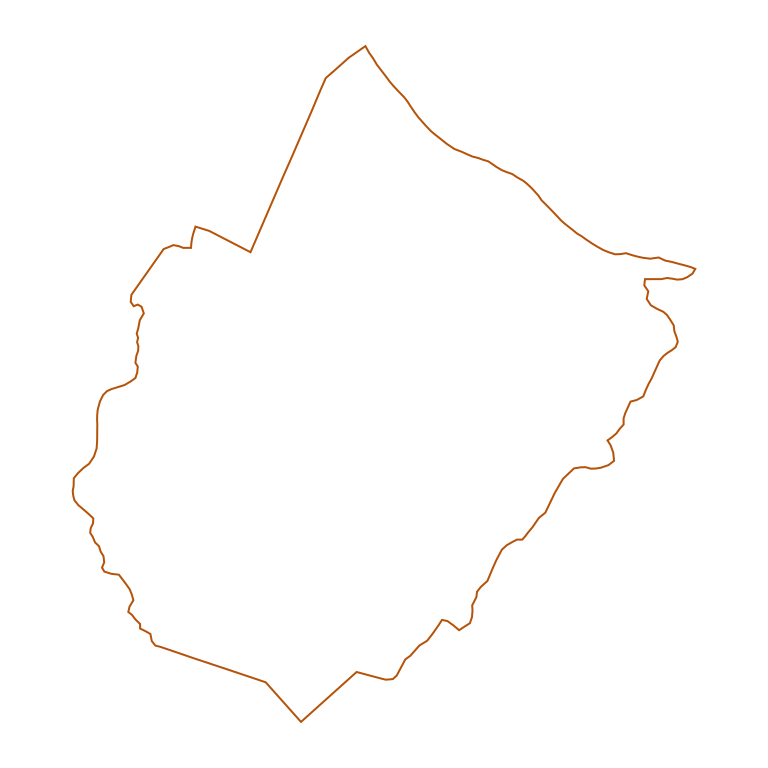 Caucaia, Ceará, Brazil
{"feature_id": "56859067B320436842071", "entity_name": "Caucaia", "entity_type": "district", "adm_level": 2, "iso_a3": "BRA", "parent_name": "Brazil", "parent_adm1": "Ceará", "projection": "albers", "projection_center": [-38.789, -3.772], "detail": "fine", "context": "isolated", "style": "outline", "palette": "amber", "viewbox_px": 768, "rotation_deg": 0, "n_neighbors": 0, "source": "geoboundaries", "source_scale": "gbopen_adm2", "svg_char_len": 3133}
<svg xmlns="http://www.w3.org/2000/svg" viewBox="0 0 768 768"><path d="M695.3,268.9L690.6,267.0L684.9,265.4L679.4,264.0L671.3,261.8L665.2,260.6L658.7,257.5L650.2,258.7L642.4,257.7L636.2,256.3L631.9,255.1L626.1,253.2L620.3,254.1L615.1,254.3L608.9,252.3L603.0,249.9L597.0,246.5L591.9,243.4L585.7,239.2L581.7,236.3L577.3,233.7L572.6,229.9L565.0,223.9L561.0,220.4L554.6,213.5L548.2,206.9L541.5,200.2L538.5,195.7L531.6,188.1L527.0,183.8L523.3,180.8L517.1,177.3L512.2,174.0L506.7,172.1L501.9,170.2L496.2,166.8L488.4,161.4L482.7,159.7L478.2,158.0L472.3,156.5L467.0,154.2L462.0,151.9L454.4,149.0L446.4,143.6L441.3,139.5L435.0,134.5L431.0,131.2L425.5,125.4L418.6,117.6L414.8,112.6L410.3,105.9L407.6,101.7L404.3,97.4L399.1,92.0L393.9,86.5L390.1,82.1L387.0,77.9L382.8,72.4L376.8,64.6L373.0,58.2L369.2,52.9L365.4,46.1L348.8,57.7L334.1,70.8L325.8,78.0L320.5,90.0L311.7,111.0L293.7,152.6L291.1,158.6L282.3,178.5L250.5,252.2L209.2,230.9L195.5,226.6L193.4,233.2L192.2,237.9L191.4,242.7L191.0,247.9L183.2,247.9L178.7,246.1L173.4,245.1L168.2,247.3L163.7,249.0L131.4,294.8L130.7,301.8L133.7,306.2L137.8,304.6L141.6,306.8L143.8,313.4L139.8,320.2L138.3,328.1L136.7,333.6L138.1,337.8L137.1,342.1L138.4,346.4L138.1,350.9L136.4,355.7L135.4,362.8L137.8,366.6L137.2,372.6L135.4,378.0L131.0,381.2L124.6,385.0L111.7,389.0L107.0,391.1L103.2,394.9L99.9,401.6L97.7,409.7L97.2,415.1L97.1,419.7L97.3,424.5L97.2,432.3L97.2,436.8L97.1,441.8L96.6,448.5L94.0,456.4L89.2,463.7L83.5,467.9L78.1,473.0L73.8,478.2L73.6,486.3L72.7,491.0L73.3,496.0L74.5,500.4L78.3,505.1L84.8,510.6L88.8,514.1L93.3,518.4L93.0,523.4L90.7,528.2L90.2,532.9L92.8,537.0L95.1,542.5L99.0,546.2L100.7,551.7L103.5,556.2L104.2,562.4L102.0,567.7L104.4,571.6L111.3,573.8L118.9,574.7L122.2,579.0L125.8,583.8L129.6,589.1L131.8,594.5L133.4,600.2L129.5,606.7L128.3,612.0L132.0,614.9L135.3,619.3L140.1,624.0L140.1,628.5L145.7,631.3L150.4,634.0L151.8,641.1L155.4,645.6L160.2,646.8L195.7,658.9L213.8,664.9L253.6,678.2L265.7,682.3L301.0,721.9L328.4,697.3L356.6,672.0L372.3,676.2L381.4,678.6L385.8,679.7L392.8,679.1L396.7,675.6L405.3,659.4L410.3,655.8L419.5,645.4L427.1,640.8L432.8,633.5L438.8,624.9L442.0,619.9L447.5,621.1L453.7,625.6L459.1,630.2L464.4,626.7L469.9,623.2L472.0,617.0L472.5,610.6L472.2,605.3L476.4,597.1L477.0,591.8L480.8,586.9L487.4,581.0L492.9,567.8L496.4,560.0L499.3,554.5L501.9,549.6L506.8,545.2L512.5,541.9L517.0,539.6L522.3,539.6L525.3,536.2L527.9,532.7L532.5,527.2L538.9,517.9L545.3,512.7L554.8,492.9L562.9,478.9L574.0,468.4L580.9,467.3L585.6,467.2L590.9,468.7L596.1,468.5L600.9,467.7L608.5,465.1L614.1,460.8L613.2,452.5L610.6,445.3L607.5,440.4L612.2,437.0L616.5,433.3L619.4,429.2L623.6,424.5L623.6,418.4L625.2,413.3L630.5,401.6L636.7,400.0L643.3,396.4L645.7,390.2L648.8,383.5L651.7,378.3L654.0,373.1L656.7,367.1L659.7,360.5L663.5,356.0L667.6,352.8L671.6,350.3L675.6,347.2L677.8,341.7L676.4,336.7L674.4,331.3L673.7,325.3L670.1,319.6L667.0,315.0L663.2,311.7L657.5,309.1L650.9,305.3L646.7,298.9L648.3,291.3L644.3,285.4L645.0,279.1L653.7,279.1L661.4,279.1L667.0,278.0L672.3,278.7L677.2,279.6L682.5,279.2L687.2,277.2L692.5,273.6L695.3,268.9Z" fill="none" stroke="#b45309" stroke-width="2"/></svg>